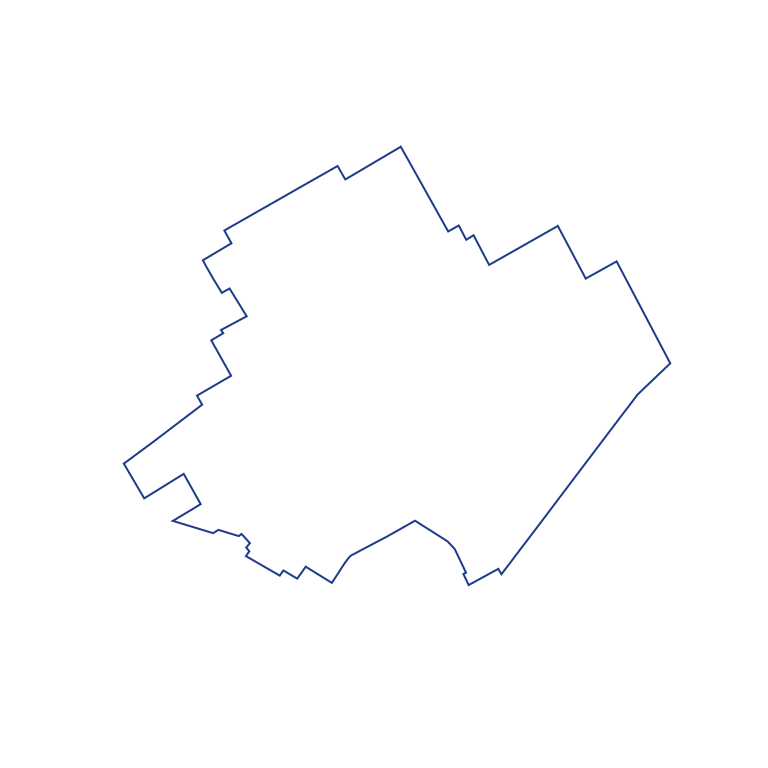 outline of Guasayán, Santiago del Estero, Argentina, rotated 229°
{"feature_id": "61730980B4030066976433", "entity_name": "Guasayán", "entity_type": "district", "adm_level": 2, "iso_a3": "ARG", "parent_name": "Argentina", "parent_adm1": "Santiago del Estero", "projection": "robinson", "projection_center": [-64.92, -27.96], "detail": "fine", "context": "isolated", "style": "outline", "palette": "blue", "viewbox_px": 768, "rotation_deg": 229, "n_neighbors": 0, "source": "geoboundaries", "source_scale": "gbopen_adm2", "svg_char_len": 1690}
<svg xmlns="http://www.w3.org/2000/svg" viewBox="0 0 768 768"><g transform="rotate(229 384 384)"><path d="M552.1,552.3L552.1,552.1L561.1,503.3L563.8,489.0L564.0,489.0L579.0,492.0L588.1,446.7L597.0,402.3L604.6,364.2L590.3,361.2L596.2,328.5L590.7,327.2L575.6,324.2L559.2,321.4L557.4,330.1L525.2,324.8L531.7,296.4L527.8,296.0L530.3,282.3L490.5,274.0L492.5,263.8L497.9,235.2L487.7,233.2L491.8,170.9L494.6,135.4L455.0,128.0L447.6,173.9L413.6,166.8L419.2,134.8L394.7,150.2L383.5,157.2L383.5,157.4L382.6,163.1L382.6,163.3L373.9,168.7L364.4,174.7L364.4,177.9L364.4,178.0L364.2,178.1L351.9,178.4L351.8,177.7L350.9,172.7L346.1,172.6L344.7,166.9L329.0,172.3L307.8,179.6L309.3,185.7L309.2,185.8L308.8,185.9L307.1,186.5L305.4,187.0L300.3,188.7L294.1,190.8L295.6,197.5L297.5,205.1L292.1,206.7L288.4,207.9L285.6,208.7L281.0,210.2L277.0,211.4L274.5,212.2L268.1,214.2L269.6,219.4L271.4,225.9L273.0,231.3L274.7,237.3L276.1,244.1L276.2,245.6L276.0,247.5L274.9,252.0L273.6,257.7L273.1,259.9L266.9,286.2L265.7,292.2L264.2,299.3L260.5,317.7L260.2,317.8L251.7,320.3L243.6,322.8L233.7,325.7L224.9,328.3L223.6,328.7L222.1,328.8L213.0,329.1L206.2,327.2L199.9,325.5L187.8,322.1L188.5,319.3L187.2,318.9L183.5,317.9L176.7,316.0L170.8,343.1L169.9,347.1L169.5,349.0L165.0,348.1L163.4,347.8L166.3,362.1L167.3,366.6L168.6,372.7L169.0,375.0L169.6,377.5L171.7,387.8L172.7,392.5L177.7,416.5L184.7,449.4L204.4,543.0L206.5,553.4L207.5,558.1L209.7,568.5L211.2,600.7L211.8,613.6L218.1,615.1L323.5,639.9L323.9,640.0L324.0,639.5L331.2,605.5L331.2,605.4L389.3,618.9L389.3,618.5L404.9,541.5L415.6,544.0L437.5,549.2L438.9,540.7L454.6,544.4L457.0,532.5L536.9,549.2L552.1,552.3Z" fill="none" stroke="#1e3a8a" stroke-width="2"/></g></svg>